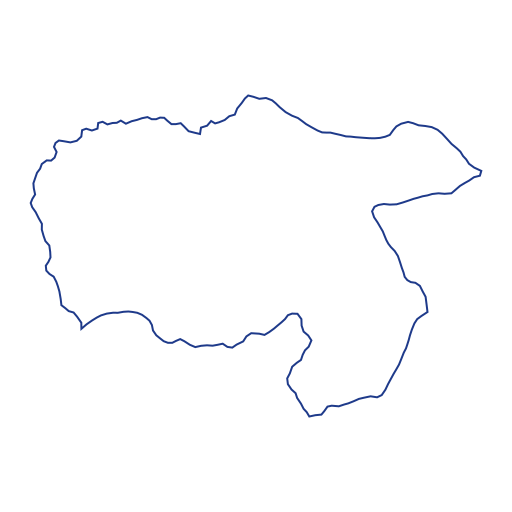 Berizal, Minas Gerais, Brazil
{"feature_id": "56859067B94256700938392", "entity_name": "Berizal", "entity_type": "district", "adm_level": 2, "iso_a3": "BRA", "parent_name": "Brazil", "parent_adm1": "Minas Gerais", "projection": "mercator", "projection_center": [-41.753, -15.698], "detail": "fine", "context": "isolated", "style": "outline", "palette": "blue", "viewbox_px": 512, "rotation_deg": 0, "n_neighbors": 0, "source": "geoboundaries", "source_scale": "gbopen_adm2", "svg_char_len": 3355}
<svg xmlns="http://www.w3.org/2000/svg" viewBox="0 0 512 512"><path d="M266.0,98.0L259.3,98.8L253.4,96.8L248.2,95.5L244.9,98.5L241.8,102.9L237.2,108.5L234.8,114.6L229.3,116.2L224.7,120.0L219.0,122.3L215.1,123.4L211.1,121.0L207.1,125.7L201.0,127.6L200.0,134.0L194.9,132.8L188.6,131.2L184.0,126.4L180.7,123.2L176.0,124.1L171.4,124.1L167.2,120.6L164.2,117.8L160.1,117.6L156.1,119.2L151.7,119.2L147.5,117.1L142.0,118.2L137.0,119.9L131.7,121.2L125.9,123.7L120.8,120.6L116.8,122.8L112.5,123.0L107.4,124.4L102.6,121.8L98.2,123.0L97.5,128.6L91.9,130.5L86.2,128.7L82.1,130.2L81.3,136.6L76.8,140.8L70.4,142.4L63.6,141.2L58.9,140.5L55.5,143.0L54.0,146.9L56.6,152.0L54.6,157.6L51.1,160.6L46.7,160.4L41.8,164.0L40.1,168.7L37.0,172.8L35.1,178.3L33.4,183.3L33.8,188.2L35.1,194.5L32.4,198.8L30.7,203.0L32.2,207.2L35.7,212.2L38.8,218.4L41.9,223.8L41.8,229.6L43.6,236.0L45.4,241.1L49.3,245.5L50.2,251.9L50.5,257.4L48.4,261.9L45.8,265.7L46.3,270.6L49.5,274.0L53.7,276.7L56.3,281.8L57.9,286.3L59.4,291.5L60.7,299.1L61.4,305.2L65.1,308.0L68.7,311.1L73.6,312.5L77.1,316.7L81.3,322.7L81.4,328.8L86.6,324.3L92.2,320.4L96.9,317.5L101.0,315.4L106.8,313.6L113.3,312.7L117.8,312.8L123.4,311.8L128.5,311.5L132.8,312.0L137.3,312.8L142.0,314.8L146.4,318.0L149.5,320.7L151.9,325.0L153.0,330.5L156.3,335.3L160.5,338.7L163.7,341.2L167.9,342.8L172.3,342.8L176.0,340.9L180.2,339.1L184.3,341.2L189.9,344.8L195.3,347.1L201.1,345.8L207.0,345.3L212.6,345.7L217.6,344.8L222.7,343.7L227.4,346.9L232.3,347.6L236.6,344.6L243.2,341.4L246.4,336.4L251.2,333.2L259.2,333.7L264.5,334.9L269.2,332.1L274.0,328.6L277.4,325.7L281.5,322.3L285.0,319.1L287.9,315.2L292.1,313.6L297.5,313.8L301.4,319.1L301.6,325.6L303.6,331.6L308.2,335.5L311.4,340.4L308.7,346.7L305.0,350.3L302.7,354.8L301.0,359.9L296.8,362.8L292.2,366.7L289.8,373.5L287.2,378.4L287.9,384.2L291.5,389.5L295.6,393.2L297.1,397.9L301.0,403.7L303.6,408.8L306.7,412.1L309.3,416.5L315.3,415.2L321.4,414.6L324.3,411.1L327.5,406.6L331.7,405.7L338.8,406.3L344.2,404.5L348.2,403.4L353.5,401.3L358.9,398.9L364.0,397.7L370.6,396.3L377.1,397.3L381.7,395.1L385.4,389.7L388.1,384.0L390.7,379.2L393.7,373.7L396.2,369.5L399.0,364.6L401.2,359.2L403.8,352.6L406.0,348.4L407.3,344.5L408.7,340.1L410.0,335.2L411.9,329.5L414.4,323.4L417.2,319.1L421.4,316.0L427.5,312.0L426.6,304.7L425.6,296.8L422.7,291.5L419.9,285.9L415.4,282.8L410.8,282.1L407.3,280.1L404.7,276.9L403.5,272.4L401.8,267.8L400.0,262.1L397.9,256.0L394.7,251.0L390.9,247.1L388.3,243.7L386.3,240.0L384.6,235.9L382.8,231.4L380.4,227.3L377.6,222.5L374.1,217.3L372.1,211.3L374.5,206.8L378.3,205.0L383.9,204.0L389.8,204.6L396.6,204.3L402.8,202.5L408.5,200.6L413.7,198.8L417.9,197.7L422.5,196.3L427.5,195.4L432.2,194.0L438.5,193.3L444.6,193.8L451.4,193.3L456.2,189.2L460.0,185.9L464.6,183.1L469.1,180.6L474.0,177.2L479.9,175.7L481.3,170.9L474.2,167.6L469.0,163.8L466.2,159.4L463.1,156.1L460.4,151.7L456.8,148.3L451.6,144.0L447.0,138.9L442.2,133.7L437.6,129.8L431.7,127.1L425.3,126.0L418.6,125.3L413.1,123.2L408.1,121.9L401.2,123.7L396.4,126.4L393.4,129.9L389.8,134.9L385.3,136.7L380.0,137.9L374.4,138.3L369.4,138.2L363.6,137.8L355.6,137.2L350.6,136.6L346.0,136.4L340.7,135.0L334.9,133.7L330.4,132.6L326.4,132.6L322.1,132.4L317.5,130.5L311.3,127.1L306.1,124.1L302.3,121.2L297.9,118.0L292.0,115.7L285.6,112.1L279.6,107.1L275.6,103.2L272.1,100.3L266.0,98.0Z" fill="none" stroke="#1e3a8a" stroke-width="2"/></svg>